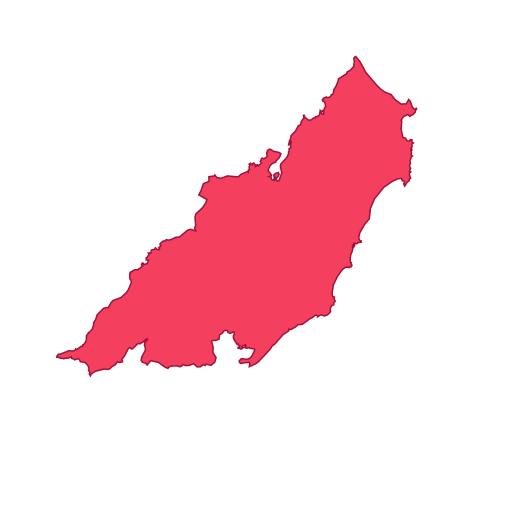 Bangka, Bangka-Belitung, Indonesia (Equal Earth projection), rotated 50°
{"feature_id": "22746128B27585215741432", "entity_name": "Bangka", "entity_type": "district", "adm_level": 2, "iso_a3": "IDN", "parent_name": "Indonesia", "parent_adm1": "Bangka-Belitung", "projection": "equal_earth", "projection_center": [105.919, -1.936], "detail": "fine", "context": "isolated", "style": "filled", "palette": "rose", "viewbox_px": 512, "rotation_deg": 50, "n_neighbors": 0, "source": "geoboundaries", "source_scale": "gbopen_adm2", "svg_char_len": 6086}
<svg xmlns="http://www.w3.org/2000/svg" viewBox="0 0 512 512"><g transform="rotate(50 256 256)"><path d="M334.0,329.5L336.5,332.3L338.2,326.2L338.6,322.2L336.6,305.6L335.3,301.2L335.6,298.4L333.6,285.5L334.4,279.5L333.3,277.8L333.9,277.9L334.7,276.6L335.7,271.5L335.7,267.7L337.1,266.2L337.4,264.9L338.1,264.7L338.8,254.1L339.4,253.1L339.4,249.2L339.9,248.0L341.6,247.3L342.2,247.9L342.7,244.1L346.2,242.0L346.2,240.8L347.0,239.4L346.9,235.8L346.2,234.3L344.7,233.6L343.2,231.6L342.8,229.4L343.4,227.8L341.9,226.6L341.6,224.3L339.6,223.9L337.8,222.3L336.5,223.3L333.8,222.0L327.9,215.4L323.8,206.2L322.0,198.7L322.1,194.7L324.1,192.3L324.8,192.1L324.8,191.0L325.5,190.0L324.9,188.5L322.6,188.0L322.3,187.2L321.8,187.7L320.8,187.3L318.6,185.6L315.9,182.5L314.0,178.9L312.3,176.9L312.0,175.4L311.2,176.3L310.2,175.7L310.0,174.5L311.0,174.5L311.3,173.7L310.9,173.2L309.3,173.2L309.3,172.6L311.4,171.0L311.4,169.1L313.1,166.5L312.2,165.7L311.8,166.3L310.0,166.3L308.2,165.7L305.0,161.7L301.6,152.4L300.4,145.4L293.1,137.7L288.4,128.6L285.5,113.8L286.4,103.7L287.9,98.0L290.0,94.7L292.3,95.6L294.1,94.2L295.6,95.7L295.6,96.4L298.0,97.2L296.7,92.6L296.8,90.3L295.6,89.1L295.9,87.6L291.9,86.0L291.1,84.8L291.1,83.4L289.6,84.0L288.3,81.3L285.3,80.4L284.4,78.2L281.8,76.6L279.9,72.9L279.9,71.9L278.0,72.2L277.2,70.7L274.9,69.3L275.1,68.6L274.5,68.1L273.7,67.9L273.7,68.8L273.3,68.5L272.6,66.0L271.3,65.5L270.3,64.0L270.6,62.8L268.8,63.3L267.2,61.8L266.0,62.8L266.6,64.6L265.8,65.7L264.5,66.2L261.9,65.7L259.7,67.3L252.3,63.4L246.4,57.7L245.3,57.6L244.0,53.7L245.2,48.8L248.0,48.4L248.0,46.3L248.6,45.3L248.3,41.8L247.3,40.8L246.5,38.3L245.8,38.3L245.8,39.6L245.0,40.4L242.4,40.6L236.8,38.4L234.3,38.4L236.0,43.2L232.8,47.2L225.5,48.9L219.2,48.7L213.2,52.0L208.7,53.1L203.4,53.7L186.5,53.9L173.7,51.4L167.2,51.4L167.0,52.7L167.7,54.3L170.3,55.7L173.7,59.4L174.3,64.2L173.6,68.2L174.4,68.8L174.5,69.7L173.3,78.9L174.9,80.8L177.7,86.3L178.5,89.3L181.0,92.1L181.5,93.9L180.8,94.5L181.5,95.6L181.6,97.8L180.4,99.7L179.4,99.9L178.4,103.3L179.3,103.9L179.1,104.9L180.3,105.3L182.4,104.5L185.8,106.2L188.2,111.2L187.2,111.7L187.3,112.6L189.1,111.7L190.9,113.0L190.7,113.6L188.9,114.2L185.9,113.4L188.9,117.0L188.3,120.2L187.5,120.9L188.2,121.9L187.3,123.1L187.2,126.3L185.9,128.4L181.8,129.3L180.9,130.6L182.1,134.9L184.1,137.5L183.4,139.7L185.7,145.5L186.2,151.5L189.8,155.8L191.6,155.7L193.6,158.8L195.4,159.7L195.1,161.8L196.7,162.7L197.3,164.4L198.4,165.0L200.3,168.9L201.5,177.9L203.1,179.8L208.9,182.8L213.1,190.1L212.6,191.3L207.5,191.5L209.0,193.1L210.7,192.8L207.4,194.9L204.2,193.2L203.8,194.8L203.5,195.0L204.3,192.9L204.0,192.0L198.8,191.9L197.6,191.0L195.8,187.0L195.7,183.6L196.8,180.6L196.1,179.3L195.5,174.5L193.6,171.1L191.6,171.7L187.1,175.2L183.0,176.6L182.5,178.9L182.8,179.7L183.9,181.6L186.5,183.2L187.1,184.4L186.6,187.5L184.9,188.3L184.9,188.9L186.4,192.0L188.2,191.9L188.5,195.9L188.2,196.5L187.1,196.1L186.7,196.6L187.3,198.1L187.1,199.0L185.6,198.0L183.3,197.9L183.1,198.7L183.7,200.4L181.3,200.6L181.2,202.2L182.7,202.5L183.2,203.9L185.6,205.5L185.2,206.6L186.9,208.1L185.9,208.3L185.1,210.6L183.7,215.4L184.0,218.2L183.5,219.3L176.3,226.4L174.1,232.6L170.9,235.6L167.7,235.5L168.1,235.9L165.0,241.2L168.2,243.6L168.4,244.9L166.8,249.8L170.8,256.5L172.4,260.6L181.2,257.3L183.0,260.4L184.6,265.6L185.1,275.0L187.1,277.8L193.8,282.6L195.0,285.0L198.0,286.1L193.6,288.8L192.2,292.0L192.2,302.5L190.1,305.4L188.9,310.3L187.6,312.9L185.7,314.3L186.2,316.0L185.2,316.8L184.8,318.1L184.9,321.5L185.5,322.2L187.0,322.2L187.2,325.3L188.2,325.0L188.8,326.5L187.3,327.6L185.0,327.8L185.7,329.4L184.2,332.5L186.1,334.3L184.5,336.6L185.9,336.7L187.0,340.2L186.8,341.2L188.3,342.7L190.3,341.0L191.8,344.4L190.5,347.2L188.5,347.1L188.6,348.9L189.2,349.5L190.2,348.8L190.7,349.3L190.8,352.9L190.3,355.8L188.6,357.8L188.1,360.2L188.3,361.1L187.7,362.0L188.0,363.8L188.8,363.9L189.3,365.0L192.6,367.4L193.8,367.2L196.2,368.6L199.5,374.9L200.7,378.7L201.1,386.0L198.2,394.1L198.6,397.1L200.6,402.5L199.1,404.0L198.1,406.6L198.9,415.4L201.8,420.1L202.8,423.5L204.6,424.9L206.7,428.3L207.3,432.0L206.9,433.7L207.6,434.3L207.8,436.8L211.7,440.4L213.1,444.3L212.7,445.5L213.2,445.7L213.4,447.6L212.8,447.9L212.4,453.2L211.3,453.8L211.9,454.4L211.6,455.9L210.9,457.6L208.2,460.3L205.3,469.4L204.2,470.4L204.7,472.7L205.5,473.7L206.1,472.7L208.1,471.8L211.4,469.0L211.7,467.8L213.6,465.4L214.5,462.5L216.0,463.0L218.0,461.7L219.0,461.7L220.2,458.3L222.2,457.9L224.0,458.5L227.7,455.4L231.3,455.1L234.6,456.0L236.1,457.9L238.3,458.0L239.2,459.5L241.4,459.9L240.5,458.0L241.0,453.3L245.0,444.9L247.9,442.1L248.5,440.3L248.1,437.7L248.9,433.6L247.9,430.0L249.6,429.3L251.3,426.2L248.8,425.1L248.1,421.0L244.9,413.5L244.8,412.2L245.3,411.3L247.2,411.2L247.7,410.1L247.2,403.7L247.4,402.5L248.9,401.0L248.7,399.4L249.3,398.4L249.1,394.1L249.5,392.6L250.3,392.6L250.8,396.8L252.9,399.0L255.3,399.8L257.2,401.6L260.1,408.8L262.3,411.2L264.5,411.2L267.3,409.4L270.1,409.6L269.4,409.2L268.6,403.9L274.7,399.2L283.0,397.0L285.5,395.7L285.1,394.8L285.5,392.2L289.1,387.4L291.9,385.5L292.5,384.2L292.4,381.4L294.3,380.7L296.8,377.7L298.4,373.0L303.1,372.4L305.1,369.8L305.3,366.2L307.2,365.3L306.8,363.8L310.8,360.7L310.9,356.0L308.3,352.0L302.0,350.9L298.5,347.6L292.7,344.8L292.8,343.4L294.6,341.4L296.0,337.8L293.0,334.6L293.6,331.2L292.8,329.7L292.9,328.0L294.5,325.8L296.7,326.7L298.6,325.4L300.0,321.7L302.0,322.8L302.3,324.1L303.6,325.6L305.5,326.4L311.2,327.3L311.8,326.2L313.0,326.9L314.2,325.9L314.9,327.5L314.4,328.5L315.2,329.1L316.3,327.5L317.1,327.7L318.0,326.7L318.0,324.6L316.4,325.1L316.1,324.6L317.3,321.1L318.4,321.4L318.5,323.3L319.2,323.5L320.9,322.1L321.6,320.3L322.9,319.9L326.2,316.9L327.4,317.7L329.9,323.3L330.4,326.7L329.3,329.4L325.2,333.1L325.5,336.1L326.8,337.1L328.3,336.8L332.7,329.9L334.0,329.5ZM209.6,190.3L209.2,187.7L208.2,185.7L206.4,185.2L205.2,188.0L205.4,190.5L206.7,191.1L209.6,190.3ZM191.3,156.0L189.3,156.3L191.7,159.4L191.9,157.6L191.3,156.0ZM179.7,129.8L180.1,128.8L178.9,128.7L179.0,129.5L179.7,129.8Z" fill="#f43f5e" stroke="#9f1239" stroke-width="1.5"/></g></svg>